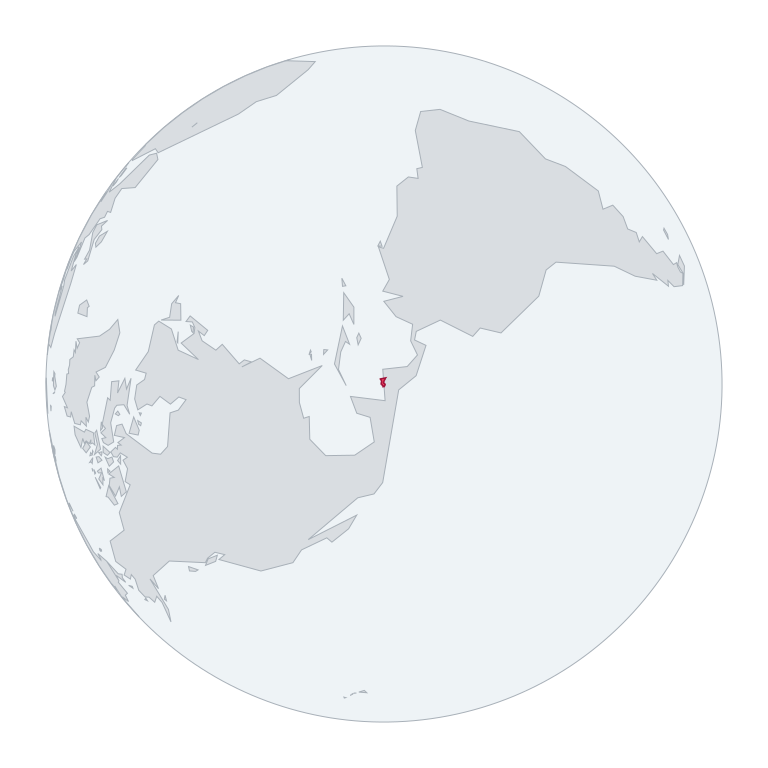 globe centered on Colón, rotated 259°
{"feature_id": "HND-638", "entity_name": "Colón", "entity_type": "Department", "adm_level": 1, "iso_a3": "HND", "parent_name": "Honduras", "parent_adm1": "", "projection": "orthographic", "projection_center": [-85.998, 15.551], "detail": "fine", "context": "on_globe", "style": "filled", "palette": "rose", "viewbox_px": 768, "rotation_deg": 259, "n_neighbors": 0, "source": "natural_earth", "source_scale": "10m", "svg_char_len": 9448}
<svg xmlns="http://www.w3.org/2000/svg" viewBox="0 0 768 768"><g transform="rotate(259 384 384)"><circle cx="384" cy="384" r="338" fill="#eef3f6" stroke="#a8b0b8"/><path d="M429.5,425.7L421.4,422.4L413.9,432.6L386.0,417.1L375.4,397.3L287.5,363.9L278.0,353.2L277.3,336.5L245.7,279.9L260.5,332.2L248.6,321.6L238.7,302.7L243.9,298.5L236.9,271.4L226.0,260.5L223.9,227.5L243.2,188.5L246.9,195.1L251.1,185.9L246.7,177.6L242.7,174.5L251.2,139.5L240.0,120.9L226.1,123.6L237.3,117.1L203.8,129.4L191.1,129.5L211.9,124.5L219.0,120.4L213.5,117.3L219.6,112.7L220.5,108.9L228.3,103.9L239.9,102.5L245.1,99.6L240.9,97.8L246.1,92.5L251.4,95.4L261.0,86.8L282.1,85.2L290.1,101.0L308.3,99.6L333.5,115.6L337.6,111.3L349.8,116.1L359.0,113.3L361.1,118.1L366.7,112.0L363.1,108.2L364.3,104.6L369.5,102.9L373.0,108.3L370.9,109.9L374.6,110.7L374.2,114.3L377.3,111.6L380.9,119.0L385.0,109.5L394.2,113.6L394.6,119.2L384.5,121.4L360.4,143.2L357.7,151.3L363.9,159.6L396.5,168.5L397.6,177.1L406.4,186.7L410.4,180.1L405.0,170.5L414.6,161.7L406.8,152.0L409.6,147.5L405.6,137.4L416.9,136.4L430.2,141.1L434.1,149.8L440.0,152.6L445.1,142.9L460.8,158.8L485.8,169.9L488.7,174.9L478.6,185.8L456.5,188.4L443.4,206.5L462.9,192.7L469.8,207.2L475.5,209.1L481.5,207.7L483.1,201.6L487.8,206.7L470.3,221.2L465.8,216.8L471.4,211.9L461.1,213.7L449.3,225.4L453.8,232.8L431.4,245.7L434.3,251.5L431.0,258.1L427.9,247.7L433.0,267.2L407.4,291.2L413.9,326.9L395.7,300.0L382.0,297.4L365.7,298.6L366.4,304.4L343.9,300.6L324.8,313.1L319.7,341.7L329.0,363.4L353.9,364.0L360.5,351.7L378.2,348.7L367.4,381.9L398.7,385.6L396.7,410.1L406.1,422.4L421.3,418.4L437.2,423.5L447.8,408.7L465.2,399.6L466.4,419.4L475.4,400.5L485.6,409.2L519.7,404.7L517.3,409.5L546.2,429.0L575.8,434.4L582.6,447.4L579.3,456.7L589.1,457.3L589.3,463.0L626.9,463.1L644.5,472.0L642.9,491.4L626.0,517.4L605.9,565.0L574.2,585.4L562.9,603.6L532.6,631.2L513.8,632.3L515.9,642.7L502.7,650.7L489.7,652.8L484.6,660.5L474.8,661.7L479.4,665.8L459.9,676.5L461.2,683.2L446.0,690.9L447.3,694.4L442.8,694.7L437.3,696.4L435.6,698.5L423.6,695.9L424.2,687.3L431.5,682.4L425.7,681.9L441.3,668.6L433.8,671.6L441.9,651.1L455.7,632.5L470.8,576.1L465.0,564.9L440.7,552.7L411.8,508.6L420.6,489.1L413.8,480.2L436.0,451.5L429.5,425.7ZM84.2,308.2L86.4,300.5L87.0,306.2L84.2,308.2ZM86.4,295.3L85.9,298.0L86.1,295.7L86.4,295.3ZM85.7,293.3L86.2,294.8L85.3,293.9L85.7,293.3ZM84.4,291.6L85.2,292.2L85.0,292.4L84.4,291.6ZM413.1,339.2L448.9,354.3L429.6,357.8L433.1,354.3L423.8,347.7L406.9,342.1L389.6,346.6L413.1,339.2ZM83.4,286.6L83.3,285.1L84.3,284.9L83.4,286.6ZM427.0,318.5L420.9,317.5L426.7,317.0L427.0,318.5ZM240.0,174.2L245.9,178.0L247.7,187.7L242.0,184.9L240.0,174.2ZM237.6,157.4L242.1,157.3L237.0,166.0L236.0,163.3L237.6,157.4ZM214.7,127.3L218.4,128.8L212.7,129.1L214.7,127.3ZM219.3,109.3L216.3,110.5L218.0,108.1L219.3,109.3ZM399.6,138.8L402.5,138.2L401.7,140.3L399.6,138.8ZM395.1,135.3L392.1,138.4L389.5,137.2L391.4,135.4L395.1,135.3ZM231.4,98.6L235.1,94.9L233.4,98.3L231.4,98.6ZM399.4,132.0L385.3,134.9L380.8,132.9L384.3,124.4L399.4,132.0ZM238.6,92.6L247.3,84.6L241.4,86.3L263.0,77.9L248.4,86.9L247.2,90.6L243.8,90.2L238.6,92.6ZM359.7,107.9L363.8,111.7L355.6,110.2L359.7,107.9ZM354.2,107.9L327.3,110.5L323.8,104.7L333.5,104.6L325.2,99.1L336.7,94.9L343.8,97.0L343.8,101.4L348.2,96.6L354.2,107.9ZM273.5,75.0L277.3,73.2L275.5,74.9L273.5,75.0ZM364.2,103.0L359.1,103.7L355.7,98.6L365.4,96.3L363.4,98.6L364.2,103.0ZM317.3,100.0L316.5,96.2L325.6,91.6L326.5,89.7L336.7,94.3L317.3,100.0ZM366.7,98.9L370.3,95.3L376.6,96.4L369.0,102.0L366.7,98.9ZM350.8,98.4L349.6,96.0L353.4,96.5L350.8,98.4ZM400.9,99.3L394.8,99.6L392.5,96.9L400.9,99.3ZM371.3,94.0L369.1,93.7L367.5,92.8L371.1,90.8L371.3,94.0ZM342.4,91.1L346.3,90.2L338.7,88.9L345.2,85.9L350.8,89.8L351.1,86.9L353.1,86.0L355.4,90.2L342.4,91.1ZM370.0,86.4L379.3,91.1L391.1,90.8L393.4,93.1L374.1,93.3L370.0,86.4ZM361.2,88.2L367.2,87.5L367.1,90.3L363.0,92.6L361.2,88.2ZM347.6,82.7L336.2,86.2L335.4,85.4L347.6,82.7ZM373.4,85.6L371.1,84.5L374.3,85.2L373.4,85.6ZM355.6,82.8L351.6,84.0L350.8,83.0L355.6,82.8ZM369.7,81.6L372.7,83.0L370.1,84.4L369.7,81.6ZM363.3,81.7L363.1,80.0L367.3,84.1L361.6,82.4L363.3,81.7ZM355.4,81.6L353.7,81.4L357.2,81.3L355.4,81.6ZM378.3,75.9L384.2,80.8L378.2,83.7L373.3,78.5L378.3,75.9ZM442.5,701.4L424.1,697.1L435.0,699.0L445.2,695.2L453.8,698.6L442.5,701.4ZM471.6,690.8L481.8,687.8L483.5,688.6L476.7,690.9L471.6,690.8ZM625.7,147.9L616.9,140.8L624.0,147.8L633.0,155.5L634.4,157.1L634.7,157.5L644.4,168.7L637.6,160.8L624.7,150.8L630.8,162.7L653.5,197.3L653.9,204.8L647.5,204.9L624.3,177.2L625.9,163.9L617.7,155.5L604.6,148.4L606.2,145.5L601.0,141.5L600.4,136.8L586.9,123.0L584.4,118.3L566.9,106.7L563.2,103.2L574.6,110.7L581.1,114.2L573.3,105.0L568.2,101.4L557.5,95.0L556.7,93.9L547.3,89.0L536.9,82.8L541.8,86.9L529.3,81.1L516.4,74.8L513.2,74.0L534.2,84.7L541.8,88.5L547.0,90.3L568.4,103.4L573.7,108.1L554.6,98.5L560.0,104.8L542.8,95.9L496.5,70.3L483.4,63.9L487.4,62.4L497.4,65.8L501.0,67.6L508.9,70.0L502.9,67.8L502.2,67.4L490.1,63.2L489.5,63.0L514.8,72.4L539.3,83.9L562.7,97.2L585.1,112.4L606.1,129.3L625.7,147.9ZM487.3,62.3L479.3,59.9L476.7,59.1L479.5,59.9L487.3,62.3ZM402.8,46.6L371.1,46.9L355.6,47.5L359.5,47.0L332.0,50.2L316.6,52.9L318.8,52.5L307.0,55.3L311.6,54.4L311.8,54.5L283.6,63.9L274.8,66.7L265.1,72.5L266.2,72.6L272.2,70.7L263.0,77.9L241.4,86.3L240.1,85.4L227.5,92.2L226.1,89.8L219.2,91.7L225.1,86.5L219.1,89.3L214.8,91.8L203.5,98.4L202.1,99.2L223.9,86.4L237.2,81.1L232.1,82.5L238.8,79.3L240.4,78.2L237.4,79.5L259.7,69.8L282.6,61.6L306.1,55.2L330.0,50.4L354.1,47.4L378.4,46.1L402.8,46.6ZM720.6,353.9L719.9,347.9L719.8,350.6L713.6,378.0L707.0,369.5L687.8,333.5L685.5,312.5L676.8,292.7L654.1,206.4L658.6,204.5L651.4,179.6L652.2,179.6L663.1,194.7L665.0,196.3L677.7,216.8L688.8,238.2L698.5,260.3L706.5,283.0L712.9,306.3L717.6,329.9L720.6,353.9ZM672.8,244.4L676.0,250.4L676.0,250.5L672.8,244.4ZM520.7,404.3L524.9,407.6L519.6,408.4L520.7,404.3ZM427.4,366.1L434.7,366.1L438.7,369.0L433.2,370.3L427.4,366.1ZM487.8,361.9L495.9,362.8L487.7,365.3L487.8,361.9ZM454.4,356.2L481.3,361.9L465.2,369.1L448.2,365.8L459.6,363.2L454.4,356.2ZM424.6,330.3L429.3,331.5L428.2,335.2L424.6,330.3ZM431.3,318.3L429.5,318.7L427.0,315.9L431.3,318.3ZM470.8,206.3L472.3,205.3L478.7,205.1L476.2,207.9L470.8,206.3ZM503.3,190.9L510.1,199.4L503.6,194.8L501.6,199.7L485.4,196.8L489.3,177.4L490.4,186.3L503.3,190.9ZM464.8,188.9L474.7,192.0L463.7,189.4L464.8,188.9ZM573.3,127.3L577.2,127.6L583.5,132.9L586.7,141.6L577.5,133.7L573.3,127.3ZM581.2,127.1L561.4,116.7L558.6,111.8L563.5,116.1L563.7,113.9L571.6,120.5L588.4,127.1L595.1,132.5L597.3,143.9L592.9,136.8L589.4,136.5L581.2,127.1ZM515.5,107.4L506.8,105.3L512.0,97.0L519.5,100.2L523.2,108.2L516.5,109.4L515.5,107.4ZM408.2,117.5L404.6,118.9L403.6,117.2L405.9,114.5L408.2,117.5ZM398.2,99.7L423.2,110.1L420.3,112.1L438.3,117.1L437.7,124.4L426.0,120.7L439.0,130.7L428.2,130.3L437.9,136.8L412.0,127.7L402.8,128.6L413.3,124.7L414.1,117.7L411.7,115.0L398.1,108.3L378.7,107.6L376.4,101.5L380.0,97.4L384.3,96.6L384.4,100.7L390.1,96.8L393.5,102.1L398.2,99.7ZM422.8,65.9L421.1,68.7L433.1,66.0L436.6,69.5L437.8,69.0L444.4,71.8L454.3,74.6L454.4,76.4L458.3,76.8L462.7,79.0L468.0,80.3L470.0,84.2L476.7,86.3L473.9,87.1L484.8,89.8L477.6,89.6L482.6,93.1L486.9,91.5L485.3,113.9L490.1,125.1L498.1,135.0L484.7,134.5L468.7,125.6L453.5,113.7L450.7,103.6L445.2,105.8L442.2,101.9L447.8,101.8L437.4,99.6L436.5,96.5L422.9,88.9L408.5,88.8L403.1,86.5L408.3,85.0L399.4,83.8L405.6,79.7L401.9,78.1L404.3,72.9L416.5,71.7L411.4,70.1L413.0,66.8L422.8,65.9ZM379.4,74.4L393.1,71.1L401.7,71.7L393.9,80.7L396.4,82.7L391.6,89.4L379.2,88.6L381.7,86.7L381.2,84.7L385.3,85.7L381.7,83.4L385.0,80.8L383.1,78.5L388.1,77.9L379.4,74.4ZM646.9,172.4L646.3,171.3L644.1,168.3L650.1,175.8L646.9,172.4ZM638.6,165.7L637.2,163.3L644.7,171.4L645.2,172.9L638.6,165.7ZM630.0,155.7L636.5,162.6L633.3,159.8L630.0,155.7ZM572.7,108.7L570.4,106.4L572.7,107.6L576.9,110.6L572.7,108.7ZM459.1,62.3L456.8,63.0L454.5,62.3L444.3,61.9L440.9,59.8L445.7,59.2L459.1,62.3ZM453.7,60.0L449.8,59.9L450.5,59.0L453.7,60.0ZM437.9,58.4L437.6,57.1L439.3,59.6L437.9,58.4ZM450.6,52.7L454.6,53.7L438.0,51.1L419.0,48.4L437.1,50.6L447.8,52.3L450.1,52.6L450.6,52.7ZM377.3,46.8L375.2,47.5L371.0,47.4L370.8,47.2L377.3,46.8ZM379.7,47.1L386.8,47.9L382.3,48.5L377.5,47.6L379.7,47.1ZM420.9,51.9L426.5,52.6L425.8,53.1L420.9,51.9ZM275.0,73.3L277.1,73.2L273.3,74.4L275.0,73.3ZM314.6,54.0L314.1,54.5L309.7,55.4L314.6,54.0ZM310.4,56.5L315.7,55.1L311.3,56.6L310.4,56.5ZM327.5,52.2L318.4,54.5L325.4,52.3L327.5,52.2Z" fill="#d9dde1" stroke="#a8b0b8" stroke-width="1"/><path d="M381.5,382.6L381.9,382.7L382.0,382.7L382.6,382.3L382.8,382.1L383.0,382.0L384.0,381.9L384.4,381.7L384.5,381.6L384.5,381.4L384.4,381.3L384.1,381.3L383.9,381.2L384.1,381.2L384.5,381.2L384.8,381.3L385.0,381.3L385.3,381.4L385.6,381.5L385.8,381.6L386.0,381.7L386.1,381.8L386.5,382.0L386.9,382.1L387.2,382.1L387.6,382.0L388.2,382.0L388.5,381.9L389.0,381.6L389.2,381.4L389.7,381.4L389.7,386.8L389.3,386.4L389.2,386.3L388.4,385.9L387.9,385.4L387.6,385.0L387.4,384.8L386.8,384.6L386.2,384.1L385.8,383.8L385.6,383.8L385.4,383.9L385.2,383.9L385.2,384.0L384.9,384.2L384.7,384.1L384.5,384.4L384.2,384.7L383.8,384.9L383.7,384.9L383.4,385.0L383.1,385.0L382.7,384.8L382.7,384.7L382.7,384.3L382.6,384.2L382.4,384.1L382.2,384.1L381.9,384.1L381.8,383.9L381.6,383.8L381.7,383.7L381.9,383.7L381.9,383.4L381.9,383.2L381.7,383.2L381.5,382.9L381.5,382.7L381.5,382.6Z" fill="#f43f5e" stroke="#9f1239" stroke-width="1.5"/></g></svg>